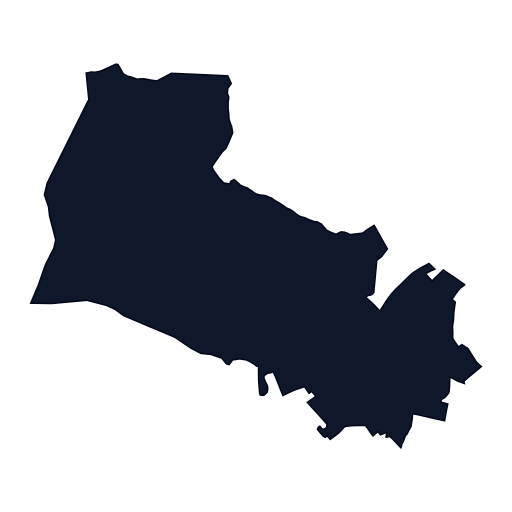 Camerino Z. Mendoza, Veracruz, Mexico, rotated 180°
{"feature_id": "50627088B22959836767902", "entity_name": "Camerino Z. Mendoza", "entity_type": "district", "adm_level": 2, "iso_a3": "MEX", "parent_name": "Mexico", "parent_adm1": "Veracruz", "projection": "orthographic", "projection_center": [-97.172, 18.79], "detail": "fine", "context": "isolated", "style": "filled", "palette": "ink", "viewbox_px": 512, "rotation_deg": 180, "n_neighbors": 0, "source": "geoboundaries", "source_scale": "gbopen_adm2", "svg_char_len": 4458}
<svg xmlns="http://www.w3.org/2000/svg" viewBox="0 0 512 512"><g transform="rotate(180 256 256)"><path d="M251.9,117.1L251.0,116.8L250.2,116.7L249.4,116.7L248.7,116.7L247.7,117.0L246.5,118.1L245.7,118.9L244.9,119.7L244.8,120.0L244.3,122.4L244.4,125.5L245.2,127.5L246.4,129.7L248.1,134.1L247.8,136.4L244.6,138.6L242.7,139.0L240.6,139.5L239.2,140.3L238.1,138.6L237.6,137.6L235.6,132.9L234.7,130.6L234.6,130.3L231.9,123.5L229.1,116.5L222.1,119.9L218.9,121.3L215.1,122.8L207.8,125.2L207.5,125.3L205.3,122.1L203.0,118.7L200.3,120.6L196.1,115.7L204.6,109.7L200.2,104.6L195.6,99.7L191.1,94.7L184.9,87.6L185.2,86.4L185.3,84.6L187.2,83.3L188.2,82.9L189.2,82.7L190.1,83.3L190.7,84.0L192.2,85.8L193.6,84.8L194.2,83.6L194.5,82.5L194.3,82.3L189.2,76.2L186.8,74.6L184.9,76.2L181.8,72.6L176.4,76.6L173.5,78.8L171.2,81.1L168.1,84.6L166.5,85.6L160.2,86.3L154.4,86.5L146.4,86.5L143.1,81.7L141.2,78.9L139.0,76.1L134.2,80.3L131.6,77.2L125.3,79.6L125.5,77.8L126.0,75.4L125.9,74.9L125.5,74.9L124.8,74.9L123.3,75.4L122.6,75.5L122.2,75.4L121.5,75.0L120.5,74.0L119.2,72.8L117.5,71.0L116.0,69.4L111.6,64.7L111.1,64.2L110.9,64.6L110.9,64.9L110.6,65.3L110.4,66.2L110.2,67.7L109.8,68.5L109.1,69.9L108.4,71.2L107.5,73.8L107.0,75.3L106.5,76.4L106.1,77.0L105.3,77.6L104.9,78.0L103.3,81.4L100.9,85.7L100.7,87.6L100.3,89.9L99.8,93.2L99.6,94.6L99.6,96.6L99.6,98.1L96.1,97.7L94.4,97.3L94.2,97.3L89.8,96.3L86.8,95.6L81.7,94.4L76.8,93.3L74.6,92.8L67.4,91.2L66.1,98.6L65.3,102.8L64.7,105.8L64.2,108.0L71.0,109.9L70.9,112.3L67.5,114.3L66.0,115.7L63.2,119.2L63.0,120.0L62.8,121.8L62.5,125.4L62.4,127.7L62.1,134.1L61.9,134.7L60.9,134.4L58.5,133.2L55.2,131.3L53.8,130.7L51.8,130.0L47.6,128.5L48.2,130.8L46.6,132.1L43.0,135.2L41.4,136.5L30.7,145.4L34.4,148.8L35.4,149.7L37.3,152.7L38.9,155.2L40.8,158.2L43.1,162.0L44.2,163.6L50.1,167.4L53.4,165.0L55.6,168.0L57.6,171.0L58.3,171.9L58.5,172.3L58.9,172.9L59.3,174.2L59.2,180.3L59.5,184.9L59.2,187.3L58.5,192.1L58.1,199.8L57.5,204.5L56.7,209.9L59.9,212.5L58.9,214.3L58.0,215.3L57.3,216.7L53.8,221.5L51.9,223.7L49.4,225.6L47.4,227.0L47.4,227.4L48.9,228.5L52.1,230.7L55.4,233.0L58.9,235.5L61.8,237.4L65.7,240.1L68.6,242.1L70.3,240.5L73.2,237.7L74.1,236.8L77.9,233.2L79.9,231.1L83.2,234.7L86.1,237.9L85.1,239.0L84.6,239.3L81.1,241.1L78.5,242.2L77.1,242.9L83.0,248.5L84.4,247.8L86.8,246.5L89.9,244.9L91.1,244.3L93.1,243.0L96.6,240.8L99.7,238.7L102.4,236.2L104.9,233.8L107.5,231.3L111.4,227.4L112.9,226.0L114.8,224.2L117.4,221.6L120.8,217.8L121.9,216.3L122.7,215.4L126.6,209.7L127.4,208.4L129.7,204.8L132.2,201.1L134.5,203.5L137.5,206.7L140.7,209.8L144.0,212.7L146.2,214.8L145.8,215.2L144.7,216.0L143.2,216.7L141.4,216.9L140.0,217.6L139.1,218.3L138.5,219.1L138.1,219.6L138.1,220.9L135.2,251.7L130.4,255.4L124.6,263.1L127.6,268.4L137.8,286.6L139.2,285.8L144.8,282.4L148.5,279.4L150.1,278.8L162.1,277.4L164.8,278.9L167.8,279.9L171.2,280.1L176.0,277.7L180.4,279.4L185.5,281.8L185.8,282.3L190.3,287.6L190.7,288.0L194.8,290.2L197.8,290.4L199.9,291.2L203.6,292.6L207.1,294.3L210.8,295.2L213.1,296.2L215.5,297.8L218.6,300.4L222.1,302.7L225.6,304.0L228.9,306.6L238.5,312.4L240.1,313.8L245.8,316.1L248.5,316.7L251.6,316.9L255.9,318.1L258.2,319.5L264.7,324.1L268.0,325.2L272.0,327.0L272.5,327.8L277.9,332.5L281.5,330.5L282.0,328.0L288.3,329.1L293.2,334.3L298.7,342.1L300.0,345.4L295.1,352.6L289.8,360.0L286.1,363.6L283.3,369.6L279.3,379.2L280.3,385.2L282.9,392.4L283.3,398.7L283.9,403.6L283.8,409.9L283.2,414.8L284.6,418.5L284.2,423.7L280.7,428.4L284.2,436.1L285.1,436.2L291.2,436.5L299.8,436.9L310.8,437.4L319.6,437.8L327.3,438.1L332.6,438.4L340.7,438.7L348.2,434.7L355.1,431.1L361.0,431.9L368.1,433.3L375.1,432.9L380.8,435.0L384.1,435.7L388.7,438.2L391.7,443.5L394.1,447.6L396.3,447.8L404.8,443.8L411.5,440.9L416.8,439.8L421.1,440.0L423.6,439.3L425.8,439.0L423.1,411.4L424.0,411.1L431.4,396.1L434.9,389.1L439.6,379.6L444.7,369.4L449.8,359.1L454.4,349.8L459.6,339.4L464.8,328.9L467.6,317.2L463.5,305.3L462.4,295.7L458.3,280.0L456.3,272.0L458.1,264.0L461.9,256.5L466.7,246.9L470.1,237.1L473.6,226.9L476.3,220.6L481.3,208.8L461.0,208.5L458.1,208.7L425.0,211.7L405.6,206.6L397.0,202.7L388.4,196.4L382.3,193.8L363.0,185.6L342.4,177.0L337.1,174.7L333.2,172.1L321.8,164.3L311.2,158.6L301.3,157.6L290.1,153.8L285.7,148.2L283.0,147.3L279.3,152.1L279.2,152.1L272.4,153.1L265.7,152.1L262.3,150.5L257.5,147.7L255.5,145.8L253.5,146.1L253.5,145.8L253.4,132.4L252.9,125.0L252.7,123.8L252.7,123.0L252.5,119.9L251.9,117.1Z" fill="#0f172a" stroke="#020617" stroke-width="1.5"/></g></svg>